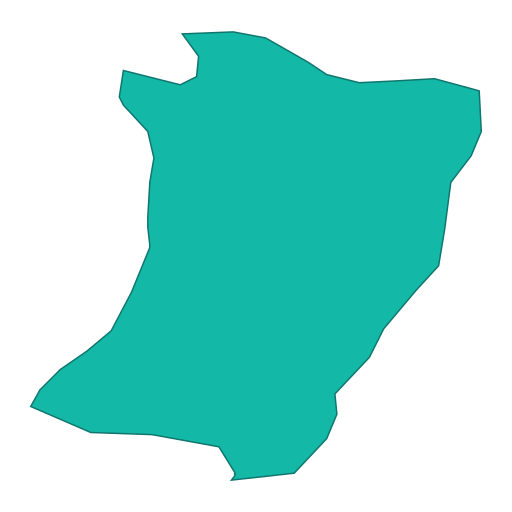 Namdong-gu, Incheon, South Korea (Mercator projection)
{"feature_id": "91817680B54049766777888", "entity_name": "Namdong-gu", "entity_type": "district", "adm_level": 2, "iso_a3": "KOR", "parent_name": "South Korea", "parent_adm1": "Incheon", "projection": "mercator", "projection_center": [126.725, 37.421], "detail": "fine", "context": "isolated", "style": "filled", "palette": "teal", "viewbox_px": 512, "rotation_deg": 0, "n_neighbors": 0, "source": "geoboundaries", "source_scale": "gbopen_adm2", "svg_char_len": 724}
<svg xmlns="http://www.w3.org/2000/svg" viewBox="0 0 512 512"><path d="M149.6,245.9L149.8,247.5L131.5,292.2L111.2,330.8L86.8,351.2L60.3,369.5L40.0,389.8L30.7,406.5L90.8,432.5L151.8,434.6L218.9,446.8L235.2,473.2L234.5,474.1L235.2,475.2L231.5,480.1L288.6,473.8L294.2,473.2L326.7,438.6L336.9,414.2L334.9,393.9L369.4,357.3L383.7,328.8L416.2,290.2L438.6,265.8L444.7,229.2L450.8,182.4L471.1,155.9L481.3,131.5L479.2,90.9L470.3,88.4L434.5,78.7L399.9,80.7L359.3,82.7L326.7,74.6L308.4,62.4L265.7,38.0L233.2,31.9L182.3,33.9L198.6,56.3L196.6,76.6L180.3,84.8L123.4,70.5L119.3,97.0L123.4,105.1L147.8,131.5L153.9,158.0L149.8,182.4L147.8,217.0L147.8,227.1L149.8,245.4L149.6,245.9Z" fill="#14b8a6" stroke="#0f766e" stroke-width="1.5"/></svg>